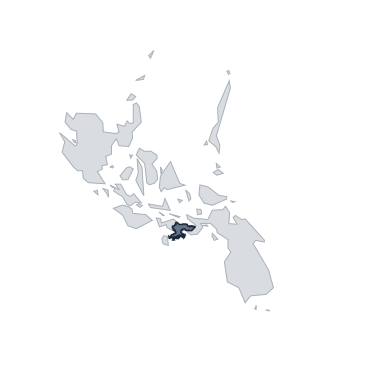 Camarines Sur, Camarines Sur, Philippines (highlighted), rotated 150°
{"feature_id": "2640588B57655195310467", "entity_name": "Camarines Sur", "entity_type": "district", "adm_level": 2, "iso_a3": "PHL", "parent_name": "Philippines", "parent_adm1": "Camarines Sur", "projection": "mercator", "projection_center": [123.465, 13.694], "detail": "fine", "context": "in_parent", "style": "filled", "palette": "slate", "viewbox_px": 384, "rotation_deg": 150, "n_neighbors": 0, "source": "geoboundaries", "source_scale": "gbopen_adm2", "svg_char_len": 8715}
<svg xmlns="http://www.w3.org/2000/svg" viewBox="0 0 384 384"><g transform="rotate(150 192 192)"><path d="M179.0,66.3L193.3,72.8L201.4,69.5L199.3,85.6L206.3,96.5L198.9,115.4L188.5,120.4L188.8,125.7L184.6,132.6L190.5,144.3L189.2,147.4L191.8,155.7L200.4,160.4L200.2,156.1L208.4,152.7L214.3,155.3L217.6,164.0L221.3,162.2L221.8,157.8L231.3,162.2L231.1,164.5L226.2,166.0L231.4,173.5L230.7,176.6L237.6,178.1L236.0,187.4L232.5,184.9L233.9,180.5L221.6,177.9L218.7,170.1L207.8,160.8L205.3,161.3L209.2,171.0L207.9,175.0L203.6,168.5L192.0,160.2L183.7,166.0L174.0,161.3L170.1,162.9L169.7,155.3L175.9,146.2L169.0,141.5L169.1,149.4L166.2,150.0L162.6,143.2L159.4,142.1L153.4,114.0L154.5,112.6L160.9,118.2L164.9,116.9L164.7,86.1L169.3,68.5L179.0,66.3ZM263.2,242.6L277.1,251.9L279.3,258.3L276.1,265.2L280.4,267.4L282.2,272.9L284.6,291.4L277.1,299.1L277.0,309.6L270.0,289.8L267.4,291.1L261.5,302.3L265.5,306.6L267.0,316.0L260.8,323.4L258.6,314.3L252.7,318.0L236.4,307.8L234.6,296.4L238.8,288.5L228.4,280.4L225.1,280.5L223.1,288.3L217.5,282.6L212.6,286.0L211.6,282.2L208.2,281.4L199.1,297.2L195.6,296.9L194.9,292.4L201.0,277.9L213.9,273.8L216.6,268.4L224.0,263.1L231.9,268.4L231.0,275.9L238.7,272.3L242.7,265.1L248.9,265.9L251.6,257.9L256.8,259.9L258.2,256.8L263.7,257.0L263.2,242.6ZM221.8,252.0L215.5,256.2L213.0,251.1L207.2,247.9L204.0,241.3L205.4,238.6L212.8,236.1L212.1,227.9L215.3,220.4L220.5,218.3L225.4,219.7L226.5,222.5L218.7,240.5L221.8,252.0ZM258.7,188.1L264.4,194.8L263.6,206.5L268.3,217.2L258.6,215.4L254.8,211.5L252.5,207.2L254.0,203.2L243.4,195.5L240.5,187.3L258.7,188.1ZM194.7,201.4L212.5,206.5L213.6,209.5L218.6,207.7L217.9,212.6L211.2,221.7L195.4,229.1L198.3,205.6L194.7,201.4ZM127.6,252.3L104.2,269.7L106.7,262.9L142.8,228.5L144.4,218.7L149.2,212.1L148.7,219.1L151.8,228.0L142.2,236.6L134.3,239.4L127.6,252.3ZM165.5,168.6L181.0,170.3L187.1,176.2L187.5,186.0L181.6,194.2L175.6,188.5L170.3,175.5L164.3,170.7L165.5,168.6ZM245.9,211.5L252.8,210.9L254.6,214.1L254.4,222.4L259.3,231.8L256.9,234.1L253.9,230.6L254.6,237.2L249.9,234.5L250.0,222.5L247.6,219.0L243.4,219.7L241.2,207.7L245.9,211.5ZM222.7,248.6L223.0,238.4L235.6,212.8L234.9,230.0L229.1,235.3L222.7,248.6ZM246.3,242.0L237.2,245.6L233.6,245.2L231.3,241.4L241.3,234.7L246.0,237.3L246.3,242.0ZM220.1,187.0L235.6,199.2L235.7,203.4L224.7,194.3L218.6,200.0L220.1,187.0ZM241.7,166.3L238.2,168.3L235.6,165.7L239.2,157.5L242.9,161.6L241.7,166.3ZM202.6,304.0L195.5,307.6L193.1,302.8L197.4,301.3L202.6,304.0ZM155.6,192.6L162.2,194.2L163.9,198.3L158.0,198.4L155.6,192.6ZM194.7,168.1L198.5,169.6L196.4,174.8L193.0,172.3L194.7,168.1ZM177.8,313.8L185.0,316.8L174.7,316.6L177.8,313.8ZM267.4,239.5L263.7,235.5L267.0,229.2L266.6,233.0L267.4,239.5ZM199.1,185.7L196.6,196.5L194.8,192.0L196.4,186.7L199.1,185.7ZM161.0,328.6L161.5,331.7L154.4,333.6L161.0,328.6ZM197.0,139.0L196.7,143.9L195.0,146.0L193.2,138.3L197.0,139.0ZM209.8,223.3L206.7,229.5L206.7,225.9L209.8,223.3ZM158.5,200.2L156.7,204.6L155.1,199.5L158.5,200.2ZM246.6,208.5L244.2,208.7L241.8,205.1L244.7,204.7L246.6,208.5ZM208.0,188.9L207.9,192.9L204.5,189.6L208.0,188.9ZM276.7,241.7L273.2,241.0L274.8,236.6L276.7,241.7ZM216.4,176.6L222.7,184.7L214.8,176.7L216.4,176.6ZM158.0,226.6L153.8,228.9L154.9,225.3L158.0,226.6ZM228.2,251.9L227.4,255.3L225.1,253.6L228.2,251.9ZM229.2,186.5L230.6,191.3L227.6,185.2L229.2,186.5ZM101.5,279.1L99.4,278.9L99.9,275.8L101.5,275.5L101.5,279.1ZM250.4,254.6L247.7,254.8L247.4,252.9L249.0,252.6L250.4,254.6ZM269.2,297.0L267.3,294.8L267.9,292.6L269.2,293.7L269.2,297.0ZM161.9,162.6L163.1,165.3L159.8,162.1L161.9,162.6ZM258.6,235.5L259.7,239.1L256.7,234.8L258.6,235.5ZM196.1,59.4L193.0,61.7L195.2,58.3L196.1,59.4ZM199.7,158.0L195.5,155.9L195.5,154.5L199.7,158.0ZM184.6,50.4L187.3,53.0L184.3,51.2L184.6,50.4Z" fill="#d9dde1" stroke="#a8b0b8" stroke-width="1"/><path d="M220.1,158.9L220.0,159.1L220.2,159.3L220.2,159.2L220.2,159.3L220.0,159.2L220.1,159.6L220.7,159.7L220.6,160.0L220.9,160.1L221.2,160.5L221.6,160.4L221.6,160.0L221.8,160.0L221.9,159.7L221.9,159.9L222.0,159.4L222.0,159.5L222.2,159.8L222.0,160.2L221.9,160.3L221.8,160.2L221.7,160.5L221.3,160.9L221.1,160.9L221.1,161.1L221.8,162.4L221.8,163.0L221.5,163.3L221.1,163.5L220.9,164.0L220.4,164.2L220.2,164.1L220.3,164.3L219.8,164.4L218.2,164.4L217.9,164.5L217.8,164.2L216.5,163.4L216.5,162.6L216.8,162.2L214.8,160.6L214.1,160.6L214.1,160.2L213.7,160.2L213.5,159.7L212.7,159.5L211.6,158.7L207.6,159.8L207.0,160.0L206.9,160.1L207.3,160.2L207.2,160.5L207.2,160.9L207.7,161.1L208.0,161.0L208.5,161.4L208.9,162.0L208.6,162.2L208.9,162.3L208.9,162.6L209.4,162.8L209.4,162.4L209.8,162.7L210.2,162.6L210.8,162.9L210.6,163.0L210.8,163.1L211.1,163.3L210.7,163.3L211.2,163.4L211.3,163.7L212.4,164.3L212.9,165.2L212.7,165.4L212.2,166.0L211.7,165.9L212.4,166.2L212.4,166.3L213.4,167.2L213.4,167.4L213.8,167.5L214.1,167.8L214.6,167.9L215.1,168.5L215.6,168.5L216.2,168.9L216.5,168.7L219.2,170.2L219.6,171.0L219.6,171.5L220.0,172.4L220.2,173.1L221.0,173.7L222.4,172.7L222.1,172.7L221.9,172.3L222.2,171.7L222.4,171.7L222.9,172.0L223.2,172.1L223.4,172.3L223.3,172.0L223.5,172.0L223.9,171.6L224.4,171.5L224.8,171.7L225.0,171.6L225.0,171.9L225.3,172.1L225.4,171.9L226.2,171.8L226.6,171.6L226.7,171.3L226.9,170.4L226.8,169.9L226.1,169.2L226.1,168.6L227.2,168.5L227.2,168.4L227.0,168.1L226.8,168.0L226.8,167.8L226.5,167.7L226.1,167.9L225.9,167.7L225.8,167.4L226.2,166.9L225.9,166.7L225.9,166.4L226.3,165.1L226.9,164.5L226.7,164.5L226.8,164.4L227.5,164.5L228.3,164.8L228.5,164.5L228.9,164.5L229.4,164.8L230.1,164.8L231.1,165.2L231.7,165.0L232.4,164.2L233.6,164.6L233.4,164.4L233.6,164.2L233.8,164.5L234.2,164.4L234.3,164.8L234.4,164.5L234.2,164.4L234.4,164.2L234.2,164.1L234.3,163.9L233.9,163.9L234.0,163.6L233.6,163.5L233.9,163.3L233.7,163.1L233.2,163.2L232.8,163.0L232.3,162.5L231.9,162.8L231.9,162.6L231.3,162.4L231.0,162.0L230.7,162.1L230.6,161.8L230.2,161.7L229.9,161.1L229.8,161.3L229.7,160.7L229.4,160.2L229.2,160.1L229.4,160.6L229.1,160.7L229.2,161.2L228.7,161.4L228.4,161.3L228.4,161.1L228.0,161.2L228.0,161.3L227.1,161.1L227.0,160.8L226.8,160.7L226.8,161.0L226.6,160.6L226.3,160.6L226.1,160.3L226.0,160.6L226.0,160.8L225.8,160.6L225.6,160.7L225.6,160.4L225.0,160.7L225.2,160.2L224.7,159.8L224.3,159.8L224.3,159.7L224.2,160.2L224.2,160.3L224.4,160.2L224.3,160.6L223.9,160.5L223.8,160.4L223.6,160.3L223.6,160.1L223.4,160.1L223.6,160.0L223.5,159.9L223.6,159.3L223.4,159.2L223.4,159.4L223.2,159.2L223.4,159.1L223.3,158.8L223.0,158.8L223.2,158.7L223.1,158.3L222.9,158.6L222.6,158.6L222.6,158.8L222.4,158.9L222.4,158.6L222.2,158.7L222.4,158.2L222.5,158.4L222.5,158.2L222.8,158.2L222.4,157.9L222.5,157.5L222.4,157.3L222.2,157.3L222.2,156.9L221.9,157.3L222.2,157.3L222.3,157.6L221.9,157.7L221.6,157.6L221.8,158.2L221.6,158.2L220.9,157.6L220.5,157.6L220.9,157.9L220.9,158.3L221.0,158.3L220.0,158.5L220.6,158.6L220.8,158.8L220.6,158.8L220.6,159.0L220.7,158.9L220.8,159.0L220.1,158.9ZM228.0,159.4L227.9,159.4L227.9,159.6L228.1,159.5L228.3,160.1L227.8,159.7L227.9,160.0L227.6,159.8L227.6,160.1L227.3,160.1L227.2,160.1L227.3,159.8L227.1,160.1L227.3,160.2L227.1,160.3L227.3,160.5L227.2,160.7L227.4,160.6L227.6,160.7L227.5,160.8L228.0,160.6L228.2,160.3L228.6,160.1L228.5,159.7L228.4,159.8L228.3,159.6L228.0,159.4ZM231.3,159.4L231.4,160.0L231.1,160.1L231.3,160.2L231.4,160.4L231.2,160.4L231.2,160.7L231.5,160.8L231.6,161.2L231.8,161.1L231.6,160.3L231.6,160.1L231.6,159.7L231.8,159.6L231.3,159.4ZM221.3,156.4L221.2,156.6L221.5,156.8L221.7,157.2L221.9,156.8L221.3,156.4ZM226.7,159.6L226.3,159.9L226.6,160.0L226.7,160.4L226.6,160.1L226.7,159.9L226.7,159.6ZM226.3,159.1L226.2,159.2L226.7,159.6L226.8,159.3L226.6,159.3L226.3,159.1ZM232.1,161.3L231.8,161.7L232.0,161.8L232.1,161.3ZM230.8,161.2L230.6,161.3L230.8,161.4L230.8,161.6L230.8,161.2ZM232.1,159.7L232.2,159.8L232.1,160.0L232.4,160.0L232.1,159.7ZM226.8,160.3L226.7,160.4L227.1,160.7L226.8,160.3ZM225.6,159.2L225.5,159.4L225.5,159.6L225.7,159.4L225.6,159.2ZM226.6,167.1L226.7,167.3L226.6,167.1ZM232.0,162.2L231.8,162.2L232.0,162.4L232.0,162.2ZM210.6,163.3L210.3,163.4L210.5,163.5L210.6,163.3ZM219.7,158.4L219.6,158.5L219.9,158.5L219.7,158.4ZM231.6,161.4L231.5,161.5L231.6,161.4ZM232.2,161.7L232.1,161.8L232.2,161.7ZM234.6,163.1L234.5,163.3L234.7,163.2L234.6,163.1ZM227.9,159.1L227.9,159.3L228.0,159.2L227.9,159.1ZM231.8,161.3L231.7,161.3L231.8,161.3ZM226.3,159.6L226.1,159.5L226.3,159.6L226.3,159.6ZM231.8,161.5L231.7,161.6L231.8,161.6L231.8,161.5ZM234.0,163.4L233.8,163.5L234.0,163.5L234.0,163.4ZM219.9,159.6L220.0,159.7L219.9,159.6ZM231.8,162.0L231.7,162.1L231.8,162.1L231.8,162.0ZM220.8,163.5L220.9,163.4L220.8,163.5L220.8,163.5ZM232.1,161.3L231.9,161.3L232.1,161.3ZM232.9,162.7L232.8,162.8L232.9,162.7ZM227.8,161.0L227.7,161.0L227.8,161.0L227.8,161.0Z" fill="#64748b" stroke="#1e293b" stroke-width="1.5"/></g></svg>